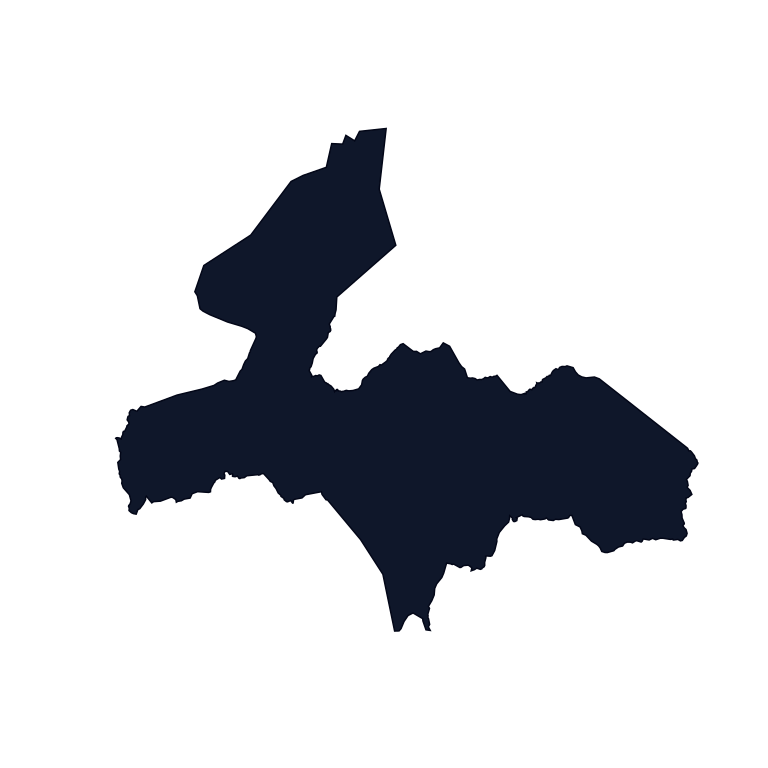 Offinso North, Ashanti, Ghana (Robinson projection), rotated 164°
{"feature_id": "2480657B15542052325310", "entity_name": "Offinso North", "entity_type": "district", "adm_level": 2, "iso_a3": "GHA", "parent_name": "Ghana", "parent_adm1": "Ashanti", "projection": "robinson", "projection_center": [-1.916, 7.28], "detail": "fine", "context": "isolated", "style": "filled", "palette": "ink", "viewbox_px": 768, "rotation_deg": 164, "n_neighbors": 0, "source": "geoboundaries", "source_scale": "gbopen_adm2", "svg_char_len": 6171}
<svg xmlns="http://www.w3.org/2000/svg" viewBox="0 0 768 768"><g transform="rotate(164 384 384)"><path d="M311.5,629.0L337.9,633.6L345.2,625.8L352.1,633.5L357.6,626.0L368.0,629.5L379.7,608.2L404.2,606.8L417.5,604.3L471.0,563.9L524.5,547.6L540.4,524.8L539.1,520.3L540.1,507.1L537.8,503.8L532.3,498.6L517.3,486.7L504.8,478.7L499.7,474.8L493.6,468.3L493.6,464.9L494.4,463.3L503.2,453.0L503.9,451.6L504.7,451.0L508.0,446.0L510.9,444.3L513.5,441.4L516.5,437.2L518.6,436.1L525.4,428.8L527.8,428.7L532.3,429.2L536.4,431.6L543.7,430.8L547.8,429.5L560.4,429.3L586.0,430.4L620.3,427.8L623.7,429.4L629.1,425.9L632.5,428.7L634.8,428.6L636.8,426.6L637.4,423.7L638.8,423.5L639.3,423.0L640.8,420.3L640.0,418.2L639.9,416.6L640.3,415.9L642.8,414.5L643.0,413.7L646.4,410.0L647.5,410.3L648.3,409.4L649.0,407.4L651.3,404.8L651.7,403.5L652.3,403.8L653.4,405.1L655.1,405.9L656.2,406.1L656.9,405.7L656.0,404.1L656.3,394.9L656.8,392.5L655.9,390.9L657.4,387.5L658.0,384.0L661.5,382.0L662.4,375.3L662.2,373.0L663.3,370.6L662.8,369.1L663.2,367.3L662.3,364.9L662.5,363.0L663.5,360.8L663.2,356.1L659.3,347.8L659.4,341.4L661.0,338.9L662.9,337.5L663.3,336.8L663.1,335.0L664.0,332.6L662.3,329.9L660.5,328.4L658.1,327.2L655.2,331.1L653.2,331.4L648.4,335.0L645.0,338.5L644.3,341.1L643.4,341.7L640.0,333.7L637.9,334.4L631.2,333.0L619.8,333.9L618.2,333.0L616.3,330.6L616.0,330.0L616.2,327.6L614.5,328.0L611.0,327.6L607.8,328.4L601.8,327.8L598.7,331.4L592.9,331.9L582.4,328.1L580.5,328.2L579.7,330.6L578.4,332.2L574.9,335.8L573.6,336.5L572.7,337.9L567.8,339.3L567.4,339.2L566.4,337.4L563.3,337.2L562.1,340.4L562.7,341.5L561.0,343.9L558.4,343.1L557.2,339.6L554.3,339.5L554.2,338.9L555.1,337.2L554.9,336.9L552.7,335.9L550.2,335.9L549.4,333.3L548.6,332.8L547.5,333.1L544.1,332.5L541.2,333.6L530.2,331.6L529.7,331.0L528.4,330.9L526.3,331.5L524.5,331.1L520.8,323.7L520.2,321.8L518.1,319.9L517.9,316.5L516.6,313.2L515.7,308.3L514.1,305.9L513.8,305.1L514.0,304.4L511.7,301.5L511.9,300.3L510.2,297.8L509.1,297.3L505.9,297.7L504.7,294.7L504.3,294.6L503.6,295.8L503.2,297.4L501.6,297.8L494.2,297.1L490.0,299.2L473.8,297.7L474.0,294.9L471.8,289.1L471.5,288.5L470.4,288.5L449.4,240.9L437.5,201.4L441.9,143.6L437.6,142.5L435.1,144.1L430.2,150.2L424.7,154.8L419.2,155.9L411.5,147.8L411.9,145.4L411.4,136.1L407.5,134.4L408.2,137.8L408.0,138.7L406.4,140.3L405.9,146.2L406.2,147.3L405.4,149.5L405.4,150.5L402.1,155.8L402.6,158.0L397.8,162.5L393.9,167.4L391.6,173.5L388.4,177.4L381.7,182.1L378.7,185.8L373.2,194.6L369.5,192.8L368.2,191.7L366.7,191.7L361.7,186.7L360.6,186.5L357.5,187.5L353.2,186.7L352.2,185.9L350.2,183.0L351.7,180.4L348.3,180.6L345.6,181.4L342.5,179.3L340.9,179.4L340.4,180.0L338.2,180.7L337.2,181.8L336.4,184.8L333.9,189.0L333.8,190.4L332.4,190.3L329.1,189.1L327.6,189.2L323.5,193.4L318.9,201.5L318.3,204.0L314.1,209.5L307.1,214.4L302.3,216.9L300.4,220.2L299.5,222.8L297.5,219.8L298.0,218.4L297.4,216.2L296.2,215.7L294.0,216.1L293.0,218.2L293.6,219.1L287.2,220.2L286.9,218.9L285.8,218.0L281.6,216.5L279.3,215.1L278.1,212.9L276.0,212.0L273.1,211.5L271.0,210.4L266.4,209.9L264.8,210.6L263.3,208.0L258.9,206.1L256.5,206.7L253.3,205.5L244.6,204.5L243.4,204.7L241.8,206.4L239.6,205.9L238.8,196.1L234.9,192.5L234.3,188.3L234.6,185.4L231.6,183.0L227.9,175.8L223.6,171.2L222.3,169.2L221.4,166.9L220.8,163.0L218.0,161.1L215.8,160.4L209.0,160.4L207.5,161.4L203.5,162.7L199.3,162.5L196.8,164.6L193.8,165.0L190.6,164.0L188.9,162.8L185.5,163.8L184.2,163.7L180.4,161.2L179.3,161.6L177.5,163.6L172.1,161.0L168.4,161.6L165.7,159.4L161.0,159.6L158.5,158.9L151.6,155.7L149.2,155.4L149.1,154.5L148.7,154.2L144.3,153.6L142.3,151.5L140.4,151.4L137.6,153.7L135.3,154.6L133.8,156.9L133.8,160.9L135.0,162.9L135.8,165.5L134.1,166.6L133.7,167.4L134.4,173.0L133.6,176.3L133.6,179.5L131.0,181.2L128.4,181.2L127.9,181.6L127.2,183.8L127.2,186.4L125.9,187.5L125.7,189.9L125.2,190.3L125.0,191.2L123.1,191.1L118.5,193.0L119.1,197.4L120.9,200.7L120.8,201.5L119.6,202.7L119.2,206.8L119.6,208.9L115.1,211.5L114.2,213.8L112.5,215.2L111.3,217.5L109.2,217.1L108.4,217.4L104.8,220.4L104.0,221.5L104.4,222.6L104.2,224.6L104.5,225.4L105.2,225.9L105.4,229.4L107.1,233.8L107.9,235.3L109.4,235.8L109.9,238.6L175.6,329.6L179.8,332.7L188.1,334.2L191.9,336.3L194.8,339.1L196.6,342.9L197.7,347.6L203.1,351.0L205.0,350.8L208.0,351.8L210.7,351.5L212.0,350.0L213.3,350.3L214.5,351.3L217.4,350.3L219.0,349.1L221.6,346.2L222.7,346.8L223.8,345.9L225.2,346.3L226.8,345.3L230.0,344.7L230.7,344.1L231.3,342.5L232.7,342.7L234.7,341.9L235.0,342.4L235.9,342.4L236.8,343.1L236.8,342.5L238.7,340.5L238.9,339.8L240.4,339.0L240.9,339.3L241.5,338.8L242.2,338.9L243.5,337.7L245.2,338.8L246.9,338.0L247.9,336.9L249.4,337.2L250.0,335.4L250.6,335.7L251.2,335.4L251.3,336.2L255.1,336.0L258.5,337.4L264.8,342.1L273.0,361.2L274.8,360.7L276.2,361.1L278.1,360.7L279.9,361.9L282.1,361.3L283.2,361.5L284.9,362.5L287.0,361.6L289.3,361.4L290.6,362.0L293.4,362.2L294.9,364.1L297.2,365.4L299.4,365.8L302.1,367.0L302.4,376.2L304.6,379.3L306.1,383.6L310.5,402.2L315.7,407.2L320.6,403.4L324.7,403.7L327.2,403.4L329.8,402.3L331.5,402.6L334.6,404.1L340.7,403.0L343.7,406.4L346.5,407.1L347.2,407.7L354.5,417.5L357.4,417.3L360.0,415.4L361.2,415.2L362.3,414.0L363.9,413.6L368.8,410.7L371.0,408.8L371.3,407.8L372.5,407.8L373.8,406.8L374.0,405.9L376.2,404.8L381.4,402.9L382.5,403.7L384.5,402.4L389.4,402.0L391.8,401.2L395.7,398.5L397.8,396.1L400.3,395.6L402.7,394.4L403.8,393.3L405.7,389.4L409.7,386.3L415.6,386.3L419.7,387.1L422.1,388.3L425.7,388.1L426.0,388.4L427.2,388.4L428.1,389.3L429.7,389.9L430.1,391.2L430.7,390.9L430.8,391.7L431.1,391.7L431.2,390.9L432.3,390.7L432.5,391.0L433.6,390.2L433.7,392.8L435.4,396.6L437.6,399.0L437.9,399.9L438.8,400.0L439.1,400.9L440.5,402.1L442.3,409.6L443.8,410.6L445.8,410.2L447.4,411.0L449.7,410.6L450.8,411.4L451.6,411.0L451.1,412.7L452.2,417.4L450.6,420.1L449.4,420.7L447.2,423.9L445.1,428.0L441.7,431.4L439.8,432.2L439.4,433.2L439.7,434.0L439.0,435.9L438.1,436.8L435.6,438.2L434.7,437.8L426.9,443.2L425.5,444.4L423.4,448.8L421.3,449.3L420.4,450.3L420.1,451.9L420.3,452.7L419.9,453.9L420.1,456.7L413.5,462.7L412.7,462.7L411.5,465.4L409.7,468.4L405.4,480.6L334.4,514.1L334.9,572.6L311.5,629.0Z" fill="#0f172a" stroke="#020617" stroke-width="1.5"/></g></svg>